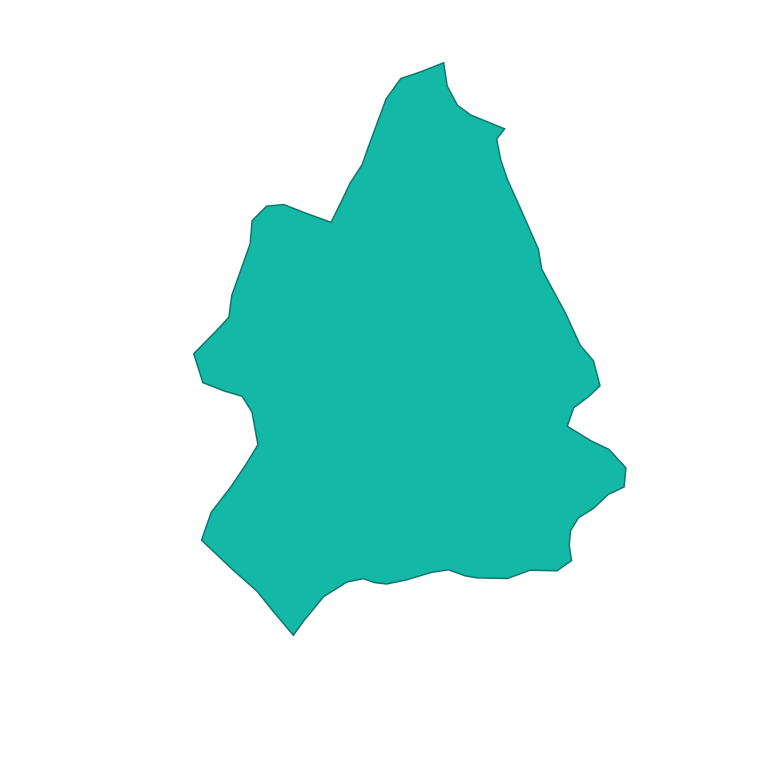 outline of Agkomi Ammochostou, Cyprus, rotated 148°
{"feature_id": "46923920B44802407724135", "entity_name": "Agkomi Ammochostou", "entity_type": "district", "adm_level": 2, "iso_a3": "CYP", "parent_name": "Cyprus", "parent_adm1": "", "projection": "orthographic", "projection_center": [33.885, 35.158], "detail": "fine", "context": "isolated", "style": "filled", "palette": "teal", "viewbox_px": 768, "rotation_deg": 148, "n_neighbors": 0, "source": "geoboundaries", "source_scale": "gbopen_adm2", "svg_char_len": 1095}
<svg xmlns="http://www.w3.org/2000/svg" viewBox="0 0 768 768"><g transform="rotate(148 384 384)"><path d="M234.9,169.5L223.3,184.6L227.9,209.3L238.7,226.3L251.0,251.0L235.6,263.4L217.1,264.9L201.8,268.0L194.1,292.7L197.1,312.8L192.5,348.3L191.0,373.0L189.4,397.7L181.7,416.3L175.6,458.0L171.0,491.9L166.3,512.0L158.6,532.1L146.5,536.4L167.9,566.1L174.0,581.5L172.5,603.2L163.2,624.8L187.8,629.4L207.8,634.1L230.9,624.8L250.9,609.4L270.9,593.9L286.3,581.6L306.3,572.3L323.2,561.5L343.2,549.1L360.1,570.7L373.9,589.3L389.3,597.0L409.3,592.4L423.2,573.8L452.4,550.7L466.2,539.8L480.1,522.9L497.0,518.2L529.3,510.5L536.9,481.1L523.1,462.6L510.8,448.7L510.8,430.2L523.1,399.3L544.6,388.5L569.2,377.6L598.4,366.8L621.5,348.3L610.7,306.6L601.5,275.7L598.4,249.5L594.0,218.9L577.3,225.8L562.5,230.7L547.8,235.7L520.2,235.7L504.5,229.8L497.6,220.9L487.8,213.0L469.1,206.1L443.5,199.1L427.7,192.2L416.9,178.4L408.1,170.5L382.5,153.7L358.9,148.7L336.2,133.9L318.5,134.9L312.6,148.7L303.8,160.6L290.0,167.5L272.3,167.5L252.6,171.5L234.9,169.5Z" fill="#14b8a6" stroke="#0f766e" stroke-width="1.5"/></g></svg>